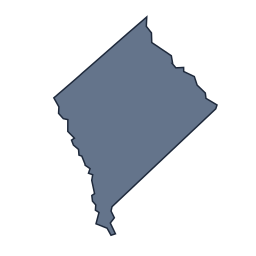 the district of East Feliciana, Louisiana, United States of America, rotated 319°
{"feature_id": "52423323B7824405482289", "entity_name": "East Feliciana", "entity_type": "district", "adm_level": 2, "iso_a3": "USA", "parent_name": "United States of America", "parent_adm1": "Louisiana", "projection": "mercator", "projection_center": [-91.101, 30.825], "detail": "fine", "context": "isolated", "style": "filled", "palette": "slate", "viewbox_px": 256, "rotation_deg": 319, "n_neighbors": 0, "source": "geoboundaries", "source_scale": "gbopen_adm2", "svg_char_len": 815}
<svg xmlns="http://www.w3.org/2000/svg" viewBox="0 0 256 256"><g transform="rotate(319 128 128)"><path d="M91.8,56.6L89.7,66.7L85.2,71.4L85.3,78.5L88.1,82.2L80.3,91.1L80.9,100.5L77.4,100.1L75.6,105.1L76.6,111.7L73.2,116.3L74.7,118.9L72.0,126.7L71.2,128.0L72.7,133.8L68.5,136.2L70.7,140.1L66.3,143.7L59.7,155.6L56.4,155.2L53.2,159.9L53.2,164.9L49.5,168.6L50.7,172.7L41.0,179.3L46.5,189.9L44.8,197.8L49.1,199.6L52.3,188.1L58.8,186.8L60.7,179.6L64.3,176.9L135.0,174.0L206.8,171.1L210.3,169.0L206.3,156.8L209.3,152.3L208.3,141.0L211.8,132.7L207.1,121.9L209.7,118.8L203.6,114.0L203.7,108.2L204.1,108.5L208.1,101.9L202.0,79.1L208.1,71.6L208.5,63.3L215.0,56.5L214.9,56.5L190.8,56.4L138.9,56.6L132.6,56.6L129.8,56.6L125.3,56.7L115.8,56.7L115.7,56.7L91.8,56.6Z" fill="#64748b" stroke="#1e293b" stroke-width="1.5"/></g></svg>